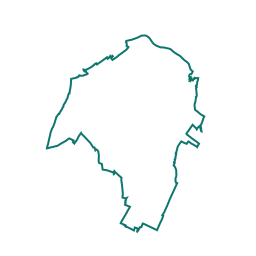 outline of Breasta, Dolj, Romania, rotated 293°
{"feature_id": "2599482B32619103833819", "entity_name": "Breasta", "entity_type": "district", "adm_level": 2, "iso_a3": "ROU", "parent_name": "Romania", "parent_adm1": "Dolj", "projection": "robinson", "projection_center": [23.666, 44.346], "detail": "fine", "context": "isolated", "style": "outline", "palette": "teal", "viewbox_px": 256, "rotation_deg": 293, "n_neighbors": 0, "source": "geoboundaries", "source_scale": "gbopen_adm2", "svg_char_len": 5695}
<svg xmlns="http://www.w3.org/2000/svg" viewBox="0 0 256 256"><g transform="rotate(293 128 128)"><path d="M210.6,96.8L207.5,92.4L206.2,92.6L206.2,92.9L205.7,93.5L204.0,94.4L203.3,94.5L202.9,94.7L202.7,95.1L202.8,96.3L202.7,96.8L201.9,96.7L199.2,95.8L191.1,91.0L189.0,90.0L184.6,87.1L185.3,85.6L185.8,85.1L188.0,86.1L188.4,85.4L186.4,84.1L186.4,83.4L186.6,83.3L185.8,83.1L184.4,82.7L183.7,82.2L183.8,82.0L184.2,81.7L184.7,81.5L184.9,81.4L185.0,81.1L178.5,77.2L174.4,74.6L175.2,73.6L174.1,72.6L173.9,72.5L173.5,72.5L173.0,72.2L172.9,72.0L172.7,72.0L172.4,72.0L172.0,71.7L171.9,71.6L170.9,71.1L170.6,71.0L170.4,70.6L170.0,70.5L169.2,70.0L165.0,66.5L164.9,66.2L164.5,66.2L164.4,66.0L164.4,65.2L164.5,64.1L164.4,64.1L164.2,64.2L163.2,65.7L163.1,65.9L163.1,66.2L163.7,66.9L163.0,68.0L162.3,69.1L162.4,69.4L162.4,69.5L162.2,69.7L161.9,69.6L161.4,69.2L160.2,67.7L159.1,66.7L158.4,65.8L158.1,65.1L157.7,64.2L157.4,62.5L157.2,62.5L156.9,62.7L156.7,62.8L156.4,62.6L154.7,61.1L154.6,61.3L152.9,59.2L151.1,56.5L143.8,59.0L142.9,59.1L142.3,59.4L139.9,59.7L139.6,59.9L137.5,60.5L137.5,60.4L137.1,60.4L136.9,60.4L136.7,60.0L133.5,60.3L133.0,60.4L132.3,60.6L131.8,60.6L129.6,60.3L128.4,60.4L127.5,60.2L126.1,60.2L125.8,60.0L124.7,59.9L124.1,59.7L123.8,59.7L122.5,60.2L122.2,60.2L121.3,59.8L120.9,59.8L119.2,59.9L118.8,59.7L116.8,59.4L116.2,59.3L115.8,59.1L114.8,59.2L114.2,59.3L114.1,59.2L114.0,58.8L113.9,58.6L112.6,58.4L112.2,58.2L110.5,58.0L110.2,57.7L109.0,57.9L103.1,58.5L100.0,58.6L97.4,58.3L96.3,58.4L93.8,58.5L90.3,59.2L85.3,60.0L82.0,60.7L80.7,60.8L78.5,61.1L77.6,61.3L78.4,62.6L79.1,63.3L82.0,67.3L82.6,68.0L83.9,69.9L87.6,72.5L92.1,76.0L94.4,77.2L95.4,77.9L95.4,80.3L95.3,81.5L95.3,82.8L93.4,82.8L92.7,84.7L94.0,84.9L96.4,85.5L97.6,85.7L100.3,85.8L102.9,86.2L104.4,86.6L105.1,86.8L104.6,87.3L104.0,88.7L103.0,91.2L99.5,99.2L96.5,103.6L96.9,104.2L96.9,104.9L94.7,106.7L95.9,107.2L95.9,107.3L95.7,108.1L95.4,108.9L94.9,109.8L94.4,110.1L93.7,110.4L93.1,110.7L92.6,111.2L91.8,111.7L89.9,112.5L88.0,113.1L87.8,113.3L86.2,113.9L85.0,114.6L84.6,115.0L84.5,115.6L84.7,117.9L84.5,118.1L79.8,120.9L80.6,123.9L81.0,126.4L81.1,128.7L81.2,129.8L81.3,131.3L81.3,131.9L81.1,132.2L81.1,132.6L80.1,132.8L79.9,133.0L80.3,133.2L80.7,133.2L81.2,133.1L82.9,132.2L83.0,132.2L82.5,133.4L81.3,136.6L80.8,137.9L79.7,141.4L78.1,141.9L76.2,142.9L73.3,144.7L66.1,148.6L65.1,149.1L62.6,149.8L62.1,150.0L61.8,150.1L61.9,150.7L62.2,153.0L62.3,153.3L63.1,154.1L61.8,154.0L60.6,153.9L60.2,154.0L60.1,154.4L58.6,154.3L58.3,155.0L56.2,155.2L56.2,160.6L54.2,160.4L51.4,160.0L49.5,159.9L48.8,159.7L47.5,159.6L39.0,158.5L37.5,158.5L37.5,163.1L37.1,163.0L37.1,164.2L36.3,164.2L36.5,167.0L36.0,173.5L39.1,173.2L39.3,176.3L36.7,176.8L36.2,176.9L36.2,177.0L36.5,177.0L37.5,177.4L41.2,177.8L41.5,177.9L41.7,178.7L42.0,179.0L45.8,178.9L45.9,179.8L45.9,181.4L45.3,194.6L52.4,194.7L54.0,194.7L55.6,194.9L58.2,194.9L61.1,194.6L61.1,193.7L61.6,193.7L61.8,193.7L62.0,193.9L62.7,194.0L64.2,194.2L65.3,194.3L66.5,194.2L67.3,194.3L68.0,194.3L68.6,194.4L76.4,194.4L77.8,194.3L96.5,194.8L96.4,193.5L96.5,193.3L97.5,192.7L97.9,192.6L98.3,192.2L98.7,192.0L99.4,191.7L100.4,191.4L102.4,191.3L103.0,191.1L105.2,190.2L108.4,188.6L109.1,187.8L110.4,186.6L110.7,186.0L111.2,185.4L111.3,185.1L111.3,184.8L111.4,184.6L112.4,184.7L114.1,184.6L114.1,183.9L114.8,183.7L115.0,183.8L115.3,184.0L116.0,184.0L116.8,183.7L117.0,183.5L117.1,183.3L117.3,183.3L117.3,183.5L117.5,183.6L118.3,183.7L118.7,183.5L119.0,183.3L120.3,182.9L121.7,182.8L123.0,182.3L123.1,181.9L123.5,181.7L123.7,181.8L123.7,182.2L124.2,182.0L124.9,181.9L125.6,181.7L127.3,181.6L127.9,181.5L128.7,181.2L129.5,181.1L131.1,181.2L132.0,181.3L134.5,181.8L135.7,182.1L136.5,182.3L136.3,184.9L136.3,188.1L136.7,188.3L138.9,188.7L139.1,188.7L139.2,188.8L138.9,190.6L138.4,192.5L138.2,195.1L138.0,196.1L137.9,197.8L137.6,198.6L137.4,199.1L139.3,199.2L141.3,199.5L142.2,196.4L143.4,191.0L145.1,184.6L145.5,184.0L156.2,186.2L155.2,188.7L154.7,189.8L154.6,190.4L154.2,191.2L153.6,191.6L153.5,191.8L155.2,192.0L157.1,192.8L157.7,193.2L156.8,194.2L154.8,195.7L153.8,196.5L153.6,196.7L153.6,197.0L158.8,193.8L159.1,193.7L160.3,194.0L162.7,193.9L166.5,193.6L168.5,193.7L168.7,192.3L168.8,190.4L169.4,188.1L170.3,185.4L170.9,182.9L171.1,182.6L171.3,182.4L171.7,182.1L172.4,181.9L172.8,181.5L175.3,180.2L176.4,179.9L177.9,179.8L179.0,179.7L180.7,179.1L182.2,178.9L182.6,178.8L183.2,178.4L183.4,178.6L183.7,178.7L184.3,178.7L185.1,178.5L186.2,177.8L186.6,177.7L186.9,177.4L187.9,177.0L189.4,176.2L190.2,175.6L190.7,175.3L191.6,175.1L192.1,175.4L192.4,175.4L192.6,175.2L192.6,174.9L192.5,174.6L192.6,174.4L192.8,174.2L193.4,174.0L193.7,174.0L193.9,174.2L194.2,174.5L194.4,174.6L195.8,174.3L197.2,173.8L197.7,173.7L198.5,173.7L200.2,173.5L200.7,173.3L201.1,173.1L201.3,173.1L201.0,172.0L200.7,171.7L200.4,170.9L200.3,170.0L200.3,169.9L200.1,169.9L199.9,169.6L199.3,169.3L199.1,169.3L199.1,169.9L198.5,169.5L198.0,169.3L197.1,169.1L197.1,168.9L197.7,168.6L197.8,168.5L197.8,168.3L197.5,167.7L197.4,167.5L196.9,167.3L195.4,167.0L195.5,166.6L195.7,166.4L195.9,166.4L196.7,166.7L197.5,166.7L197.4,166.6L196.3,166.3L196.2,166.2L196.6,166.2L196.7,165.9L197.0,165.8L197.5,166.0L198.3,166.4L198.6,166.5L198.6,166.4L197.6,165.9L197.5,165.6L198.4,165.9L199.3,165.7L199.1,165.5L198.7,165.4L198.9,164.4L199.1,164.2L200.5,163.8L201.3,163.9L201.8,164.1L202.1,164.4L202.5,165.1L202.9,165.4L205.4,165.5L206.1,163.2L207.0,162.1L210.8,158.9L211.8,156.5L212.4,153.6L214.7,147.6L215.1,144.2L215.7,141.0L216.2,139.3L217.2,136.5L217.1,134.7L216.1,129.5L214.9,126.3L214.9,121.6L215.4,118.8L216.5,116.7L219.2,112.6L219.7,111.1L219.9,109.7L220.0,107.7L218.2,104.2L215.2,101.8L210.6,96.8Z" fill="none" stroke="#0f766e" stroke-width="2"/></g></svg>